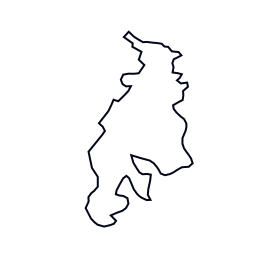 Novo Xingu, Rio Grande do Sul, Brazil, rotated 227°
{"feature_id": "56859067B34726343619953", "entity_name": "Novo Xingu", "entity_type": "district", "adm_level": 2, "iso_a3": "BRA", "parent_name": "Brazil", "parent_adm1": "Rio Grande do Sul", "projection": "natural_earth1", "projection_center": [-53.062, -27.74], "detail": "fine", "context": "isolated", "style": "outline", "palette": "ink", "viewbox_px": 256, "rotation_deg": 227, "n_neighbors": 0, "source": "geoboundaries", "source_scale": "gbopen_adm2", "svg_char_len": 1656}
<svg xmlns="http://www.w3.org/2000/svg" viewBox="0 0 256 256"><g transform="rotate(227 128 128)"><path d="M98.3,42.4L94.1,41.2L87.0,39.2L82.2,39.2L78.0,39.8L72.2,43.3L69.1,48.8L67.6,52.4L68.3,56.0L75.8,55.8L73.7,61.8L71.3,67.4L70.8,71.9L72.4,76.7L77.0,79.7L81.3,78.3L84.6,75.6L87.8,73.9L90.2,77.1L92.6,84.0L94.5,90.2L94.1,94.2L90.6,94.6L84.3,92.3L79.0,90.4L73.7,89.7L70.5,89.8L67.2,90.6L62.6,92.5L60.1,95.4L65.7,97.0L69.3,101.0L74.1,107.9L78.3,112.9L81.2,110.8L84.3,107.1L87.7,106.1L92.5,106.9L98.8,108.2L105.9,111.8L97.1,116.9L93.1,119.4L89.4,121.7L84.5,122.8L79.5,122.5L76.0,121.9L72.4,120.9L68.3,122.8L65.9,126.9L64.6,130.7L63.8,135.5L62.5,140.7L58.2,146.0L58.1,151.2L62.6,153.3L67.3,154.1L71.0,154.5L74.9,155.1L79.4,157.1L83.4,160.9L85.3,165.1L86.8,168.4L88.8,171.3L91.6,173.8L96.2,175.1L100.4,174.4L106.1,174.0L110.7,174.4L113.9,176.5L112.4,182.9L111.2,187.0L114.0,190.6L117.5,193.5L117.3,200.0L120.9,202.2L124.5,197.1L129.4,196.3L129.4,200.1L130.6,204.0L134.1,201.8L138.2,198.5L141.4,202.8L145.2,204.7L147.1,208.4L145.9,212.1L144.7,216.6L149.0,216.8L154.2,212.3L159.9,212.7L162.8,210.2L166.6,210.1L170.1,207.4L174.1,203.8L178.1,200.5L180.5,197.5L185.4,196.0L190.8,194.6L197.9,194.2L197.3,187.0L186.7,189.2L184.4,186.6L180.1,188.0L174.5,189.8L170.6,182.5L162.9,182.9L160.7,173.2L163.8,169.1L167.4,165.4L170.3,160.9L168.2,155.7L164.0,154.0L159.9,154.9L156.6,158.7L154.8,153.4L154.4,146.6L154.2,139.2L158.5,136.7L156.4,132.0L153.7,125.2L151.3,110.0L146.3,110.4L141.6,109.1L140.6,104.7L138.1,86.8L137.6,83.0L123.4,74.4L112.9,72.6L105.7,65.9L105.1,60.4L105.4,56.6L104.4,51.9L101.1,49.1L98.3,42.4Z" fill="none" stroke="#020617" stroke-width="2"/></g></svg>